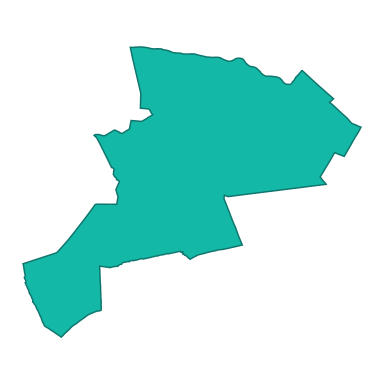 Boldur, Timis, Romania (Equal Earth projection)
{"feature_id": "2599482B65945802034893", "entity_name": "Boldur", "entity_type": "district", "adm_level": 2, "iso_a3": "ROU", "parent_name": "Romania", "parent_adm1": "Timis", "projection": "equal_earth", "projection_center": [21.738, 45.676], "detail": "fine", "context": "isolated", "style": "filled", "palette": "teal", "viewbox_px": 384, "rotation_deg": 0, "n_neighbors": 0, "source": "geoboundaries", "source_scale": "gbopen_adm2", "svg_char_len": 5729}
<svg xmlns="http://www.w3.org/2000/svg" viewBox="0 0 384 384"><path d="M300.6,187.5L326.1,184.3L325.7,183.7L325.6,183.4L324.0,181.8L322.6,180.1L320.1,176.9L320.6,176.3L325.3,168.5L327.7,164.5L330.1,160.5L334.6,152.7L344.2,156.4L346.0,153.3L350.8,144.9L353.2,140.7L355.5,136.7L357.0,134.4L358.3,132.3L361.0,127.2L356.6,125.5L356.6,125.3L351.6,123.3L348.3,119.4L346.1,117.2L343.3,114.7L338.4,110.2L336.1,108.0L331.6,103.9L329.5,102.4L333.6,98.8L327.6,93.6L319.0,86.0L310.3,78.1L304.9,73.0L302.4,70.7L301.6,70.7L300.6,72.1L298.3,74.7L295.7,77.4L295.2,78.3L294.4,79.9L292.5,81.9L291.6,83.6L291.1,84.0L290.3,84.3L289.2,84.4L287.1,84.3L286.0,84.2L284.8,83.5L284.3,83.1L283.3,82.2L282.0,80.3L280.9,79.1L279.8,78.2L278.2,77.4L276.7,77.0L272.6,76.4L268.3,76.1L267.7,76.3L266.5,76.2L266.1,76.3L265.8,76.2L265.6,76.1L264.6,75.6L263.4,74.9L263.0,74.7L262.8,74.5L261.7,73.6L261.2,73.2L260.6,72.4L260.4,72.1L260.3,71.9L260.1,71.6L259.8,71.2L258.2,69.8L256.8,68.4L256.6,68.2L255.0,67.4L254.5,67.2L252.4,66.7L250.4,66.4L249.7,66.3L249.4,66.1L249.1,65.9L246.8,64.0L246.3,63.5L245.6,62.8L245.1,61.9L244.4,61.0L244.2,60.5L244.0,60.3L243.1,59.3L242.6,59.0L242.3,58.8L241.7,58.6L240.6,58.3L239.0,58.2L238.0,58.2L236.8,58.3L235.5,58.9L234.6,59.3L234.3,59.6L232.6,60.5L232.0,60.8L230.4,61.2L229.3,61.3L228.9,61.3L228.0,61.1L224.9,60.1L222.9,59.2L221.5,58.4L221.0,58.1L220.0,57.7L219.5,57.6L218.6,57.4L217.2,57.3L214.9,57.3L213.1,57.4L212.3,57.4L211.9,57.4L211.4,57.4L208.9,57.1L207.4,57.1L206.4,56.9L204.1,56.4L202.5,56.0L201.0,55.7L199.2,55.3L197.3,54.8L195.5,54.2L193.4,53.9L192.3,53.9L191.7,53.9L190.5,53.9L188.3,54.1L187.4,54.3L187.1,54.1L186.4,54.0L184.0,54.0L183.4,54.0L180.9,53.3L180.5,53.2L177.9,53.1L175.9,52.9L174.3,52.8L173.2,52.6L171.8,52.1L170.7,51.7L169.6,51.1L168.0,50.6L166.9,50.3L164.0,49.9L162.9,49.6L161.6,49.0L161.5,48.9L161.1,48.8L160.9,48.8L160.5,49.0L160.1,49.0L159.6,48.9L157.9,48.7L157.7,48.7L156.2,48.8L154.5,48.9L153.8,49.0L153.4,48.9L152.7,48.8L151.8,48.8L151.4,48.7L150.3,48.4L150.1,48.3L149.6,48.2L148.4,47.9L147.6,47.8L146.3,47.5L145.4,47.4L140.4,46.9L137.8,47.1L136.0,47.1L135.5,47.1L134.5,47.4L133.5,47.3L132.2,47.4L130.9,47.3L130.3,47.3L132.7,58.7L135.0,68.5L140.8,93.3L140.4,108.2L148.2,108.9L148.8,109.0L149.5,109.5L151.2,112.9L152.8,114.7L148.1,117.5L146.4,118.7L142.1,121.2L141.2,121.4L131.1,120.5L129.8,127.0L129.5,128.9L122.2,133.5L120.1,132.8L119.3,132.2L115.2,130.2L114.6,130.1L114.1,130.2L105.0,135.6L104.6,135.7L102.4,135.6L99.7,134.7L98.5,134.5L95.4,134.6L95.0,134.7L94.1,135.4L96.5,137.6L97.2,138.7L100.1,144.2L107.1,158.3L111.6,167.6L112.6,167.7L112.8,167.9L113.1,168.2L113.7,168.6L114.0,169.0L114.2,169.6L114.0,170.0L113.8,170.4L113.6,172.2L113.5,173.0L113.4,173.7L113.4,174.4L113.8,175.3L114.6,176.6L116.6,178.5L116.6,178.9L116.6,179.3L116.6,179.6L116.8,179.8L119.3,181.0L119.5,181.3L117.6,185.8L116.1,189.2L115.9,189.8L117.8,196.2L118.2,196.9L118.2,197.3L117.8,198.0L117.5,199.8L116.7,204.3L96.7,204.2L96.1,204.2L95.5,204.5L94.9,204.9L92.6,208.2L85.4,217.9L74.8,231.6L69.1,238.8L65.6,242.9L57.8,251.6L57.0,252.3L56.4,252.8L53.2,253.9L23.0,263.8L23.3,264.5L23.5,265.8L23.6,266.1L23.7,266.9L24.0,268.3L24.1,269.7L24.3,270.7L24.5,271.5L24.5,272.0L24.7,273.0L25.1,274.6L25.2,275.4L25.2,275.9L25.1,276.4L24.8,276.8L24.5,277.1L24.3,277.4L24.4,277.5L24.8,278.7L25.0,279.1L25.1,279.3L25.6,280.3L25.8,280.9L26.1,282.0L25.9,282.3L25.7,282.4L25.2,282.6L25.9,284.6L26.5,285.6L27.0,286.8L27.7,288.5L29.0,291.2L29.1,291.6L29.1,291.9L29.1,292.3L29.3,293.1L29.4,293.3L29.9,293.9L30.4,294.8L30.6,295.3L31.4,296.7L32.0,298.5L32.6,299.5L32.8,300.2L32.7,301.2L32.6,301.6L32.7,301.9L32.8,302.2L33.4,302.6L33.7,302.9L33.8,303.1L34.0,303.6L34.2,304.0L34.4,304.3L34.8,304.6L35.3,305.2L35.5,305.5L35.6,305.8L35.6,306.1L35.7,306.3L37.6,310.3L37.9,310.5L38.3,311.4L38.4,311.7L38.6,312.2L39.0,313.1L39.4,314.1L40.9,317.5L41.5,318.6L41.6,319.5L42.0,320.4L42.6,322.1L43.2,323.1L44.1,325.0L44.8,326.1L44.9,326.4L45.3,326.5L49.1,328.8L49.6,329.2L51.2,330.3L51.6,330.6L52.4,331.0L54.1,332.2L56.8,334.0L58.7,335.3L61.3,337.1L62.0,336.4L63.3,335.2L64.1,334.2L64.8,333.5L67.2,331.3L68.4,330.1L69.1,329.6L70.5,328.0L71.8,326.7L72.1,326.5L72.7,326.0L74.4,324.7L75.5,324.2L79.7,320.9L80.5,320.4L81.7,319.5L83.5,318.2L84.6,317.4L85.8,316.6L86.8,315.7L89.2,314.3L94.7,312.0L96.9,311.2L98.1,310.9L99.4,310.9L100.3,310.6L101.1,310.2L101.2,307.6L101.1,304.2L101.2,301.7L100.8,296.6L100.9,295.8L100.6,291.2L100.7,290.2L100.5,288.6L100.6,287.1L100.2,281.0L99.9,273.4L100.0,272.6L99.9,272.2L99.7,267.5L99.6,266.1L110.1,267.6L112.5,266.9L115.0,266.5L116.7,266.2L117.9,266.3L118.7,265.5L119.1,264.9L119.8,264.5L120.1,264.4L120.5,264.4L121.0,264.4L121.4,264.4L121.8,263.9L122.0,263.5L122.1,263.0L122.3,262.8L123.3,262.5L124.2,262.4L126.7,261.8L128.1,261.5L128.6,261.5L129.2,261.8L129.6,261.2L130.0,261.0L130.6,260.8L132.5,260.5L133.0,260.7L135.1,260.3L137.5,259.8L139.5,259.1L141.6,258.6L142.4,258.9L143.0,259.0L143.6,258.9L144.1,258.8L146.1,258.4L149.0,257.7L150.4,257.5L151.1,257.3L152.6,256.8L157.3,255.8L157.6,256.0L157.9,256.0L159.6,255.2L161.6,254.9L163.3,254.7L167.7,253.5L168.2,253.9L169.2,253.6L173.3,252.8L178.0,251.7L181.1,251.3L180.9,251.4L180.7,251.7L180.8,252.1L181.3,252.4L181.7,252.4L182.3,252.0L182.8,251.8L183.0,252.1L183.0,252.3L182.7,253.2L182.7,253.7L182.8,254.1L183.0,254.2L183.8,254.3L184.2,254.6L184.5,255.1L185.0,255.2L185.6,255.3L190.0,259.3L192.7,257.7L197.2,255.4L197.9,255.0L198.9,254.7L205.4,253.1L206.4,252.7L211.4,251.5L216.4,250.5L217.3,250.1L219.4,249.7L220.3,249.7L223.4,249.3L226.8,248.6L236.4,246.4L237.4,246.2L242.3,245.0L240.3,240.2L238.9,236.9L235.8,228.3L232.7,221.1L230.6,215.6L228.6,210.4L223.9,198.5L224.5,195.2L227.9,196.6L250.9,193.7L300.6,187.5Z" fill="#14b8a6" stroke="#0f766e" stroke-width="1.5"/></svg>